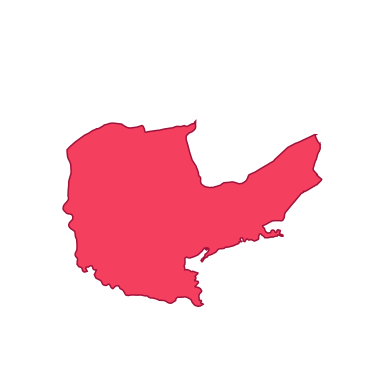 the district of Vera Cruz, Dili, East Timor, rotated 60°
{"feature_id": "22284137B41604792993839", "entity_name": "Vera Cruz", "entity_type": "district", "adm_level": 2, "iso_a3": "TLS", "parent_name": "East Timor", "parent_adm1": "Dili", "projection": "robinson", "projection_center": [125.57, -8.588], "detail": "fine", "context": "isolated", "style": "filled", "palette": "rose", "viewbox_px": 384, "rotation_deg": 60, "n_neighbors": 0, "source": "geoboundaries", "source_scale": "gbopen_adm2", "svg_char_len": 6080}
<svg xmlns="http://www.w3.org/2000/svg" viewBox="0 0 384 384"><g transform="rotate(60 192 192)"><path d="M259.4,181.4L259.9,177.6L259.6,176.7L258.7,176.2L259.0,175.0L259.7,174.5L259.7,174.0L258.8,174.1L256.7,173.9L256.2,172.3L257.0,171.3L258.8,171.4L260.0,172.2L261.4,171.1L260.0,168.3L260.5,167.5L262.1,166.8L262.6,165.0L263.7,163.8L264.8,163.2L265.7,162.5L266.1,159.9L266.1,158.1L265.6,157.5L263.4,156.2L262.3,154.6L262.3,153.8L263.0,153.1L264.5,153.0L265.6,152.3L266.9,151.9L268.0,151.8L269.1,150.0L269.9,148.5L270.2,146.9L270.7,145.9L271.6,144.3L272.0,141.8L272.8,140.2L272.1,139.1L273.1,138.1L274.5,137.1L275.3,136.3L275.8,135.4L274.9,134.8L274.2,135.2L272.9,136.4L272.0,136.9L270.7,136.0L269.8,134.9L269.1,135.0L268.3,136.0L267.7,136.3L267.7,137.6L268.8,138.3L269.2,139.3L268.8,139.9L268.1,140.0L266.8,140.0L265.4,140.8L265.0,142.3L265.7,143.4L266.4,144.2L265.9,146.0L265.1,147.2L263.1,148.0L261.5,148.0L259.6,147.4L258.9,147.8L257.8,148.0L257.0,148.0L256.6,147.7L257.0,144.3L257.0,139.7L257.3,136.5L258.7,133.8L260.4,130.8L261.2,129.7L261.9,128.3L261.9,127.8L261.5,126.8L260.4,125.1L257.4,122.7L256.4,121.4L254.5,116.2L252.6,111.2L251.5,107.9L248.4,99.6L247.9,98.6L247.8,98.2L248.0,96.5L247.9,95.6L247.6,95.5L247.5,95.3L247.3,94.9L247.3,94.6L248.0,94.1L248.1,91.3L248.0,81.3L248.1,80.0L247.0,75.9L246.5,74.2L245.8,73.3L243.2,74.3L239.6,75.4L239.4,74.8L233.8,76.0L232.8,75.6L232.2,75.3L227.3,70.2L225.8,68.0L225.2,67.3L222.4,64.6L221.7,63.9L221.5,63.4L220.9,62.6L220.3,61.4L219.6,60.7L219.3,60.1L218.8,59.6L218.0,59.0L217.4,58.6L216.6,58.3L215.9,57.9L215.5,57.6L215.3,57.3L215.1,57.2L214.7,57.2L214.4,57.4L214.1,57.4L213.8,57.0L213.7,57.4L211.9,57.8L210.6,57.8L207.2,57.6L206.1,57.4L204.8,56.9L204.2,56.5L204.2,56.3L203.6,57.3L203.3,62.0L202.6,69.9L202.4,73.0L201.9,77.0L201.6,77.9L201.3,86.8L203.1,94.5L205.3,104.2L206.0,105.8L206.0,110.3L206.1,113.0L206.1,121.2L206.3,127.3L205.6,133.9L206.0,134.8L208.5,137.9L209.5,140.2L209.6,144.4L208.3,147.4L207.2,148.2L204.2,151.0L203.1,152.6L202.6,154.1L199.9,159.8L200.0,161.1L200.0,162.2L200.4,163.7L199.8,166.0L199.5,167.9L198.8,170.1L198.7,171.5L197.6,172.9L197.3,174.1L194.6,177.3L193.5,178.3L190.4,179.8L188.4,179.8L187.0,179.2L184.6,177.7L183.4,177.4L181.7,177.8L180.3,177.7L178.8,176.9L176.6,176.4L171.4,175.6L164.4,175.9L156.1,174.1L148.6,172.0L143.9,170.9L141.9,169.9L141.1,169.3L140.3,168.4L139.5,165.2L139.8,161.8L139.6,160.4L139.3,158.9L138.8,157.7L138.3,157.0L137.1,156.1L135.3,155.2L132.4,153.4L133.0,155.2L133.9,155.7L133.8,156.2L133.0,157.9L132.8,163.4L132.2,164.3L130.8,165.3L130.3,166.7L130.0,168.3L129.1,170.1L127.8,171.8L127.1,174.0L126.8,176.6L125.9,178.6L124.9,181.2L123.5,184.8L122.2,189.3L121.1,191.6L120.8,192.4L118.8,197.4L117.8,199.8L117.3,201.9L116.7,202.6L115.8,202.5L113.7,201.8L111.5,201.5L110.4,201.5L109.4,202.1L108.3,207.2L105.9,213.1L104.7,214.9L103.4,216.1L102.0,217.0L100.4,217.9L98.0,219.0L94.0,224.3L92.4,226.7L91.5,228.8L90.9,231.8L90.1,234.5L90.4,236.6L90.3,241.5L89.5,242.9L89.5,245.4L89.1,247.3L89.4,251.6L89.1,256.8L90.3,267.9L91.8,275.3L93.0,279.2L96.7,281.0L99.2,282.1L101.4,282.6L103.2,282.6L106.0,282.9L108.0,283.5L113.7,286.4L115.0,287.2L116.7,288.8L119.4,291.7L121.6,293.7L124.6,295.5L128.3,298.1L130.8,299.7L132.8,301.0L134.2,301.6L135.3,301.9L136.4,302.5L137.1,303.6L137.8,305.1L138.9,308.3L139.7,310.1L140.8,311.1L142.1,312.1L143.2,312.3L144.8,312.0L147.7,311.2L148.7,310.5L149.7,309.1L151.2,307.6L152.6,307.4L153.9,307.6L155.1,308.3L155.9,309.1L156.5,310.6L156.9,312.2L157.5,313.7L158.7,315.1L159.9,315.7L161.5,315.7L163.6,315.1L166.8,313.5L168.1,313.4L172.5,315.3L173.9,315.5L174.9,315.5L176.6,316.2L179.3,317.5L181.0,318.4L183.3,319.8L184.6,320.7L186.7,323.7L187.9,324.6L188.9,324.9L190.2,324.9L191.5,324.5L192.7,324.6L193.8,325.2L194.6,326.1L196.1,326.9L197.1,327.7L200.3,327.3L201.1,326.4L202.1,325.6L203.8,325.5L205.0,326.1L206.0,326.0L207.5,325.3L208.3,322.4L206.0,322.2L205.0,322.4L204.2,321.1L205.2,319.2L205.0,317.1L205.7,315.7L206.8,315.5L208.2,316.0L209.6,316.1L210.5,315.6L211.7,313.8L213.9,316.6L214.7,317.9L217.4,318.2L218.6,318.2L220.1,317.3L222.4,315.7L223.9,315.2L225.6,315.3L227.1,315.5L228.3,315.0L229.5,314.0L230.1,312.6L230.1,310.2L231.1,309.6L233.9,309.8L235.7,309.3L236.2,308.7L235.4,306.1L235.4,304.5L236.2,302.9L237.1,302.3L238.7,302.6L240.0,302.4L240.9,301.7L242.6,300.9L244.6,300.8L247.9,300.9L248.7,300.3L249.9,298.8L250.3,297.3L251.2,295.4L254.2,290.5L255.6,287.8L258.8,284.2L259.4,282.8L261.4,282.1L263.0,280.9L263.9,279.3L267.0,276.1L269.4,274.5L270.4,272.8L272.3,270.1L273.7,269.2L276.3,267.8L277.7,266.0L278.0,265.1L277.8,260.4L276.5,259.4L276.0,258.2L276.0,257.1L278.5,252.5L279.2,250.5L280.9,248.8L281.7,248.4L284.4,246.7L287.3,246.9L289.5,246.7L291.8,246.0L293.0,244.8L293.9,244.2L294.9,241.5L294.8,238.4L294.3,238.5L294.0,238.7L292.5,239.9L291.9,239.8L291.7,239.2L291.2,238.3L290.4,238.3L289.5,239.7L289.2,239.7L287.8,239.1L285.3,238.0L283.9,236.3L283.3,234.2L283.0,233.6L282.6,233.1L282.1,233.0L281.4,233.3L280.6,233.0L279.9,233.1L278.9,233.6L278.0,234.1L276.6,235.6L276.0,236.5L275.5,236.7L275.2,236.3L274.9,235.0L273.8,231.9L273.1,231.5L272.3,231.5L271.9,232.2L271.3,233.0L270.8,233.1L270.1,233.9L269.5,233.7L269.4,232.6L269.0,232.0L268.3,231.6L267.6,231.3L266.6,231.6L266.3,230.8L265.6,227.8L265.1,227.4L263.9,228.4L263.1,229.2L261.0,230.9L260.9,231.8L260.4,232.6L259.3,233.0L258.1,233.8L256.9,234.9L256.0,236.5L255.9,237.0L251.7,235.6L251.1,234.4L249.4,233.2L246.3,231.6L245.6,230.7L245.7,229.6L246.0,229.0L247.5,227.7L248.1,226.8L249.1,222.1L249.4,218.2L248.2,212.8L246.7,209.6L247.6,208.6L247.3,207.6L247.9,207.1L248.3,208.0L248.5,208.9L249.5,208.4L249.4,207.6L248.9,207.0L248.5,206.2L249.9,205.8L251.1,206.9L251.8,208.3L252.4,210.0L252.5,211.8L253.6,212.7L254.6,214.6L254.9,216.7L255.5,217.9L255.9,218.5L257.4,218.2L256.9,216.6L255.9,214.9L255.6,212.8L255.9,211.4L255.1,209.5L255.3,208.5L255.6,207.8L255.9,205.3L256.0,203.0L256.0,201.4L254.9,198.6L254.8,196.8L255.6,195.3L256.5,193.5L256.9,192.1L256.5,190.7L256.8,190.1L257.5,188.9L258.2,186.9L259.3,183.0L259.4,181.4Z" fill="#f43f5e" stroke="#9f1239" stroke-width="1.5"/></g></svg>